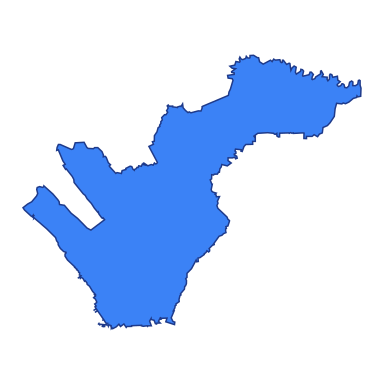 NCR, Third District, Valenzuela, Philippines (Mercator projection)
{"feature_id": "2640588B11276327116073", "entity_name": "NCR, Third District", "entity_type": "district", "adm_level": 2, "iso_a3": "PHL", "parent_name": "Philippines", "parent_adm1": "Valenzuela", "projection": "mercator", "projection_center": [120.97, 14.71], "detail": "fine", "context": "isolated", "style": "filled", "palette": "blue", "viewbox_px": 384, "rotation_deg": 0, "n_neighbors": 0, "source": "geoboundaries", "source_scale": "gbopen_adm2", "svg_char_len": 5906}
<svg xmlns="http://www.w3.org/2000/svg" viewBox="0 0 384 384"><path d="M23.0,207.7L24.5,210.0L31.0,216.0L32.0,216.6L33.1,215.3L33.1,216.4L34.3,215.0L32.9,217.2L34.0,217.8L33.9,218.3L34.2,218.0L46.6,228.7L55.6,237.6L56.6,240.8L58.1,242.7L58.2,244.8L60.4,248.5L63.6,251.5L66.0,252.3L65.7,252.9L66.4,252.6L65.1,254.0L65.0,256.1L67.5,260.0L75.0,267.1L74.7,267.4L76.9,269.2L76.6,269.7L78.3,270.9L78.6,272.2L79.6,272.7L79.4,275.0L81.0,275.7L77.8,278.3L79.8,276.9L80.3,278.3L81.1,277.3L83.0,278.5L84.5,281.2L85.1,280.7L86.8,282.6L87.2,284.4L89.5,286.2L92.6,291.4L95.6,294.7L95.5,295.6L93.9,293.8L95.4,295.9L93.6,297.7L95.4,299.1L96.7,301.8L96.6,302.6L94.7,304.0L96.1,306.0L95.0,306.8L96.2,308.7L93.5,310.5L96.3,308.8L97.4,310.5L94.9,312.4L97.6,310.8L103.6,319.5L102.3,320.5L103.7,319.6L105.9,323.1L107.1,323.3L106.4,323.6L106.5,324.6L105.7,324.8L99.1,324.1L98.9,323.5L98.5,324.0L99.5,324.7L99.5,324.2L103.8,324.7L103.7,326.0L102.4,325.9L102.3,326.4L103.7,326.7L105.3,326.4L103.7,326.3L104.0,324.7L108.0,325.1L108.3,326.0L108.6,324.9L110.0,325.1L110.3,325.8L111.1,325.7L111.3,328.6L112.0,327.8L112.7,328.7L116.3,326.8L118.9,324.2L120.5,326.5L123.9,324.0L126.2,327.4L126.9,326.5L131.6,326.4L131.6,325.7L141.5,325.3L141.4,325.8L143.2,326.3L146.8,325.8L147.6,326.4L147.9,325.8L151.3,325.8L149.6,321.1L151.1,318.5L151.2,319.5L154.1,320.3L155.4,323.7L156.6,324.0L156.9,323.1L160.2,323.0L158.5,321.3L159.4,319.5L160.9,319.2L160.0,318.2L160.4,317.7L161.4,318.3L167.0,318.1L165.8,321.8L174.5,324.6L174.8,322.1L173.0,321.5L171.2,317.9L174.1,310.9L173.3,310.9L174.9,307.8L175.1,305.8L176.0,305.3L176.0,303.9L179.2,301.6L179.0,299.5L180.0,295.5L181.0,294.9L180.5,293.8L184.4,289.2L184.7,286.4L185.5,285.9L186.4,283.7L186.5,280.5L185.7,278.7L187.0,277.4L187.0,273.3L191.5,268.7L196.1,260.1L196.6,261.8L198.3,261.5L198.0,258.1L200.0,257.6L204.3,254.5L204.1,253.9L206.0,252.5L206.9,250.8L208.6,252.0L209.5,251.2L209.7,249.9L209.1,248.6L212.4,245.3L214.8,244.4L213.3,244.3L219.1,236.2L221.9,235.3L223.6,233.6L226.0,232.6L225.6,230.8L225.7,228.7L226.4,228.4L225.9,226.6L227.9,226.0L229.4,221.4L229.5,220.6L227.8,219.1L227.0,217.0L217.9,208.4L216.9,205.6L218.0,203.2L217.4,201.3L219.5,196.6L216.4,196.7L215.9,194.6L215.1,194.2L216.2,193.1L213.2,192.2L211.8,191.3L211.2,189.6L212.3,184.2L211.8,184.2L210.2,179.8L211.6,178.9L211.7,174.7L213.6,175.0L214.2,174.2L217.4,174.1L218.6,172.1L219.4,172.2L219.9,168.7L221.2,167.0L221.8,164.5L227.3,165.9L231.2,163.0L228.0,160.6L228.1,157.8L232.3,157.9L234.8,157.2L235.6,158.8L237.2,158.2L236.7,156.2L234.3,154.9L234.2,154.1L235.9,153.4L235.9,151.8L235.0,151.0L235.5,149.1L241.2,149.7L240.9,151.1L242.2,151.5L244.0,146.5L245.8,144.5L252.7,144.3L252.6,141.4L255.3,141.4L255.3,137.2L255.0,137.7L253.9,136.1L257.8,133.3L267.7,132.7L273.7,133.3L274.3,134.1L275.4,134.3L276.8,133.4L276.9,136.0L278.4,137.0L279.6,136.9L279.6,133.2L288.9,132.9L289.2,133.3L290.6,132.6L291.8,133.2L293.3,132.9L293.4,133.4L302.5,132.9L304.0,133.1L303.9,138.5L306.5,138.6L306.5,136.4L312.1,136.4L314.1,134.7L317.6,136.7L319.4,134.1L322.3,132.9L323.0,127.5L327.4,125.6L330.1,122.7L334.3,116.4L335.1,108.8L336.6,103.3L341.9,103.9L343.2,103.0L345.5,103.7L349.0,102.0L353.3,98.4L356.5,97.5L357.0,95.9L357.7,96.9L360.7,96.3L361.0,88.1L360.1,85.2L360.1,80.6L359.3,80.1L358.4,80.5L357.7,84.3L355.3,85.7L352.8,85.6L352.9,82.0L351.6,81.0L349.6,82.2L348.7,86.1L346.8,87.8L344.8,87.5L344.0,84.6L342.8,83.8L341.9,83.8L340.8,85.6L338.6,86.5L337.3,85.5L337.2,84.5L340.2,81.7L337.8,80.1L337.4,76.2L332.8,77.3L331.8,74.6L330.2,74.1L329.6,75.1L329.4,79.2L327.9,80.8L327.1,79.4L327.2,77.2L322.1,76.7L323.3,74.4L321.3,70.8L320.6,71.1L320.5,73.9L315.6,77.0L314.9,78.6L312.4,79.6L311.9,79.2L312.2,76.9L313.4,74.5L311.4,72.2L310.1,72.1L309.1,74.7L303.0,76.2L302.6,75.4L303.6,71.1L302.5,69.7L300.9,69.3L300.5,71.3L296.3,74.1L295.4,72.2L296.2,67.2L294.1,66.0L292.1,67.9L290.9,70.4L289.9,63.5L289.1,63.2L286.6,64.4L283.3,60.2L282.5,60.2L282.2,62.4L281.4,62.6L280.5,61.9L279.9,59.7L275.4,60.1L273.7,59.1L272.1,61.6L270.5,60.2L263.2,64.1L259.6,61.8L258.6,57.7L257.3,57.6L253.6,55.3L250.0,55.5L250.0,57.7L249.2,58.1L247.7,57.9L246.3,56.3L245.7,58.4L242.8,59.6L241.2,59.1L239.9,57.1L239.2,58.9L240.1,61.2L239.6,62.2L235.9,61.5L234.8,65.1L229.9,66.2L232.1,68.2L235.5,68.7L231.6,71.6L231.7,72.4L234.2,72.9L234.2,74.4L227.6,75.4L228.1,78.1L232.2,78.7L233.0,80.3L230.4,89.1L229.0,92.0L228.4,95.4L202.6,106.3L202.0,106.8L202.2,108.0L201.0,111.0L198.2,110.9L190.9,112.8L189.2,111.9L188.0,112.6L185.4,110.4L183.1,107.7L182.6,103.9L181.0,106.5L180.3,106.1L177.5,107.0L177.4,107.5L172.5,106.8L172.6,106.1L169.2,106.2L168.2,105.0L167.2,105.9L168.2,108.0L166.6,110.7L167.7,112.2L166.0,114.7L164.5,114.7L161.7,117.6L162.3,119.9L160.8,121.7L160.9,123.3L159.6,125.2L159.9,126.4L158.1,127.7L157.0,131.8L154.4,135.7L154.3,141.2L152.4,141.7L153.4,144.3L148.9,146.4L157.4,162.4L156.7,163.6L155.5,163.9L154.4,163.0L153.2,165.1L151.2,164.5L147.9,165.8L143.8,163.0L143.3,163.3L144.7,164.9L142.2,164.3L141.4,166.3L138.7,165.8L138.1,167.5L137.0,167.4L136.1,168.7L134.3,169.6L134.3,170.2L133.0,169.3L131.8,166.6L130.1,166.2L125.8,168.4L125.9,169.5L122.1,170.6L121.4,173.5L117.0,172.6L115.8,173.4L109.5,166.5L109.3,165.8L110.5,164.8L108.3,162.7L106.2,157.3L105.1,156.3L103.3,156.8L103.4,155.0L102.0,151.6L97.8,147.6L94.7,147.6L93.4,148.7L88.1,148.4L86.9,147.5L84.1,142.3L75.2,142.8L73.6,148.1L72.7,149.2L71.3,149.4L60.2,144.5L58.4,144.5L57.1,147.4L56.7,150.4L58.3,149.8L62.9,160.9L65.2,164.3L63.1,165.4L65.6,169.4L66.3,168.9L72.2,176.4L73.8,179.4L74.1,182.5L83.2,193.8L85.2,195.4L87.1,198.8L91.4,203.5L94.4,208.2L97.8,212.3L98.2,211.9L99.0,214.2L101.5,217.5L102.3,218.3L103.0,217.8L104.6,219.7L90.9,230.1L87.1,228.1L77.6,218.4L71.1,213.2L64.4,205.3L59.5,204.5L59.1,201.6L57.8,199.7L52.9,194.0L43.9,185.9L43.8,186.7L42.6,187.4L39.6,186.6L37.2,187.5L36.7,189.4L37.7,193.6L36.5,196.1L31.7,201.8L27.7,204.0L23.0,207.7Z" fill="#3b82f6" stroke="#1e3a8a" stroke-width="1.5"/></svg>